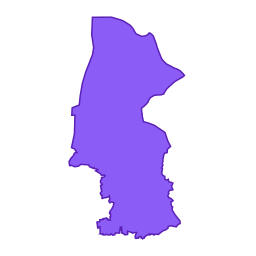 As-Salamiyeh, Hamah, Syria (Equal Earth projection), rotated 273°
{"feature_id": "27442178B43082534172912", "entity_name": "As-Salamiyeh", "entity_type": "district", "adm_level": 2, "iso_a3": "SYR", "parent_name": "Syria", "parent_adm1": "Hamah", "projection": "equal_earth", "projection_center": [37.215, 35.173], "detail": "fine", "context": "isolated", "style": "filled", "palette": "violet", "viewbox_px": 256, "rotation_deg": 273, "n_neighbors": 0, "source": "geoboundaries", "source_scale": "gbopen_adm2", "svg_char_len": 5516}
<svg xmlns="http://www.w3.org/2000/svg" viewBox="0 0 256 256"><g transform="rotate(273 128 128)"><path d="M170.3,80.1L157.8,78.6L148.4,78.1L145.3,71.2L137.8,71.2L137.9,74.4L119.3,74.8L105.4,72.6L104.4,75.6L100.9,78.2L100.7,76.8L100.0,75.8L99.7,75.6L99.3,75.5L97.7,75.0L94.4,72.3L94.1,72.3L93.7,72.1L91.6,70.9L87.4,71.6L87.3,72.1L88.0,72.2L87.4,74.6L86.7,76.3L86.5,76.6L87.2,80.3L88.6,82.2L89.2,82.8L89.2,86.3L89.1,90.2L89.2,90.6L87.3,91.6L86.5,94.3L86.3,94.2L86.1,95.0L86.0,95.4L86.0,96.0L86.4,96.3L85.7,96.5L84.9,100.2L84.6,100.2L83.5,98.0L80.9,102.9L79.5,103.8L79.7,107.3L78.8,107.4L78.4,107.2L77.5,106.1L77.5,105.0L77.4,104.5L77.1,104.1L76.7,104.0L75.6,104.5L74.1,103.3L73.7,103.4L73.2,103.4L72.8,103.3L72.1,103.4L72.0,103.5L71.3,104.3L70.8,104.4L70.9,104.9L70.6,105.2L70.3,105.3L69.7,104.9L69.7,104.7L69.2,104.2L69.1,103.9L69.1,103.7L68.1,103.8L67.9,103.8L67.3,104.1L66.2,104.3L65.9,104.3L66.0,104.6L65.6,104.6L65.4,104.7L64.2,104.8L63.6,105.2L62.5,104.3L61.3,103.7L59.6,104.8L59.7,105.1L59.6,105.4L59.4,105.6L59.2,105.8L58.7,105.5L56.3,105.8L56.4,106.3L57.2,108.7L57.2,109.0L57.6,110.3L57.7,111.1L57.8,111.6L58.5,112.4L59.2,112.8L57.5,113.4L56.0,113.6L55.8,113.4L55.2,113.0L54.9,112.9L53.9,112.7L53.7,112.9L53.4,113.2L52.7,113.4L52.4,113.7L52.5,114.2L52.8,114.3L53.0,114.5L53.2,114.9L53.3,115.2L53.1,116.5L52.8,117.3L52.6,117.9L52.4,118.0L51.6,117.7L50.8,117.5L50.2,117.5L49.8,117.6L47.4,116.5L46.9,116.4L46.6,116.2L46.2,115.9L44.4,114.8L44.0,114.4L43.4,114.3L42.9,114.2L42.7,114.0L41.9,114.0L41.5,114.2L41.6,115.0L41.1,115.0L38.7,115.4L38.6,114.9L38.5,114.7L38.2,114.7L35.1,115.2L35.2,114.9L34.9,113.4L35.5,113.3L35.5,113.1L35.6,112.8L35.5,112.6L36.0,112.4L36.4,112.4L36.4,111.3L37.0,111.2L36.8,110.7L36.1,107.8L35.4,107.9L34.9,104.6L33.6,104.8L33.2,104.7L32.8,104.2L32.6,102.1L32.2,101.9L30.0,102.4L26.5,103.0L26.6,103.7L27.6,103.7L27.7,104.6L27.7,104.8L27.8,105.0L27.9,105.3L25.1,105.4L21.2,105.8L21.0,105.6L21.0,105.9L20.9,105.9L20.9,106.8L20.6,107.3L20.8,107.7L20.9,108.6L20.4,108.7L20.1,108.5L20.0,108.9L20.0,109.1L19.9,109.4L20.1,111.2L20.8,111.9L20.2,113.1L20.1,113.4L20.2,113.8L20.2,114.5L20.5,116.3L21.3,116.3L21.3,116.6L21.2,116.9L20.7,117.9L20.2,118.3L20.1,118.7L20.3,119.0L20.7,120.3L20.8,120.5L22.0,120.7L22.5,121.0L22.5,122.4L22.6,123.1L22.6,124.4L22.6,125.1L22.9,125.3L24.4,125.1L25.0,125.0L25.3,125.0L25.4,125.8L25.9,125.5L26.2,125.5L27.4,125.5L27.8,125.6L28.2,125.4L28.6,125.4L28.7,126.0L28.8,126.4L28.8,126.9L24.8,127.1L24.2,127.1L23.9,127.1L22.5,127.6L22.5,127.9L22.7,128.5L22.7,128.8L22.0,129.5L21.7,129.6L21.2,130.2L21.3,131.3L21.5,132.4L21.5,132.7L21.6,133.0L21.9,133.2L22.3,133.4L23.0,133.1L23.3,132.9L23.4,133.0L24.0,132.9L24.8,133.0L24.6,133.4L24.6,133.8L24.4,134.4L24.4,135.4L24.3,135.6L24.1,135.9L24.0,136.7L24.1,137.1L23.9,137.6L23.4,137.6L23.2,137.9L23.2,138.0L23.3,138.1L23.3,138.3L23.4,138.5L23.5,138.4L23.6,138.7L23.6,139.3L23.8,139.8L24.1,141.4L24.1,142.1L23.8,142.1L22.5,141.5L20.6,140.8L18.6,141.0L18.3,141.4L18.4,142.1L18.2,142.1L18.6,144.2L19.4,144.0L19.8,145.2L20.0,145.3L20.3,145.6L20.5,146.5L20.3,146.8L20.1,146.9L19.1,146.8L19.0,147.0L18.7,147.0L18.7,147.7L18.7,148.1L18.4,148.2L18.2,148.3L18.4,148.5L18.4,148.8L18.6,148.9L18.7,149.0L18.9,149.2L18.9,149.5L18.8,149.8L19.2,150.1L19.7,150.3L20.1,150.1L20.2,150.3L20.3,150.3L20.5,150.7L21.2,151.7L21.7,152.0L22.4,153.5L22.7,153.7L22.7,154.1L23.1,154.4L22.3,154.6L22.3,155.0L22.5,155.5L22.8,155.5L22.8,155.8L22.8,156.1L23.3,156.2L23.1,156.8L23.2,157.5L23.3,158.0L23.4,158.7L23.0,158.9L22.7,159.0L22.7,159.3L22.6,159.5L22.6,160.0L23.0,160.5L23.3,160.6L23.4,161.3L23.5,161.7L23.5,162.1L23.4,162.5L23.4,163.5L23.3,164.0L23.9,164.3L24.1,165.0L24.7,165.5L24.9,165.5L25.3,166.0L25.6,166.4L27.6,169.1L28.1,170.8L30.1,173.2L30.8,173.1L31.8,173.3L31.9,173.6L32.6,176.1L31.8,181.4L34.1,182.9L35.1,184.4L35.3,185.1L38.0,184.7L40.1,182.8L44.1,179.3L47.3,177.1L48.6,176.5L50.1,176.3L51.5,176.7L51.8,175.9L54.1,175.0L54.5,174.8L55.5,174.9L56.6,174.9L57.2,176.4L57.9,176.8L60.0,174.4L60.4,172.6L60.6,172.2L61.1,172.3L61.3,172.1L61.6,171.8L61.9,171.4L62.6,171.3L64.9,172.3L66.0,171.7L66.4,171.7L66.9,172.0L67.2,172.5L67.7,172.8L68.0,173.4L68.5,175.8L68.7,176.1L71.6,174.6L73.2,174.9L73.6,175.2L75.4,175.7L75.9,174.3L76.0,173.3L76.5,171.6L78.9,170.9L78.4,170.1L78.2,169.2L78.1,168.7L78.3,168.3L78.5,168.2L79.2,167.5L79.9,167.3L81.6,167.3L81.6,167.0L81.7,166.8L82.9,164.9L83.4,164.5L85.1,164.0L85.6,163.9L85.8,164.2L89.5,164.5L89.7,163.7L89.8,163.6L90.2,163.9L90.6,164.0L92.2,164.6L92.4,164.8L92.9,164.7L94.0,164.2L94.6,164.2L96.1,164.5L96.4,164.7L97.3,164.5L101.0,164.8L101.4,164.9L101.7,164.8L102.1,165.0L104.2,165.5L104.6,165.8L104.9,166.2L105.2,166.6L105.0,167.0L105.5,168.4L106.4,168.5L108.2,168.3L108.7,168.4L111.8,171.5L117.4,168.3L125.4,165.2L132.0,154.3L133.9,148.6L135.2,143.0L140.7,141.6L141.3,141.5L142.8,141.5L143.4,141.2L145.7,140.7L148.4,140.5L149.2,141.2L150.4,142.7L152.8,145.0L155.0,146.7L157.0,147.3L159.5,148.8L161.7,152.0L162.0,152.6L162.6,156.1L162.8,159.1L163.9,162.0L164.5,162.0L169.1,164.7L172.1,167.5L175.1,170.5L177.2,172.8L181.9,180.1L183.4,181.6L184.8,180.5L188.0,176.9L189.3,174.2L190.2,171.2L194.1,162.8L197.8,158.8L200.2,157.3L210.2,152.8L213.0,152.0L219.6,149.1L221.2,148.4L221.7,147.9L222.1,147.4L222.9,146.6L223.9,145.1L224.0,144.1L222.7,143.3L221.1,141.1L220.2,137.0L221.3,134.0L222.5,131.2L224.3,129.8L226.8,128.3L228.1,127.3L230.7,124.8L234.6,117.8L235.6,114.8L237.8,105.6L236.7,86.7L219.2,86.9L206.6,89.5L199.6,88.8L181.8,82.9L170.3,80.1Z" fill="#8b5cf6" stroke="#5b21b6" stroke-width="1.5"/></g></svg>